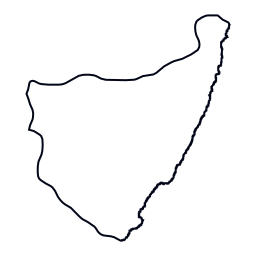 La Cienaga, Barahona, Dominican Republic (Natural Earth projection)
{"feature_id": "3306468B5550416760665", "entity_name": "La Cienaga", "entity_type": "district", "adm_level": 2, "iso_a3": "DOM", "parent_name": "Dominican Republic", "parent_adm1": "Barahona", "projection": "natural_earth1", "projection_center": [-71.101, 18.096], "detail": "fine", "context": "isolated", "style": "outline", "palette": "ink", "viewbox_px": 256, "rotation_deg": 0, "n_neighbors": 0, "source": "geoboundaries", "source_scale": "gbopen_adm2", "svg_char_len": 5808}
<svg xmlns="http://www.w3.org/2000/svg" viewBox="0 0 256 256"><path d="M26.5,93.8L28.3,98.5L30.0,104.1L32.6,110.0L33.2,113.5L33.0,117.0L32.6,119.3L30.1,125.2L29.0,129.7L34.0,131.1L39.7,134.7L41.2,136.1L42.4,139.1L42.7,144.9L42.3,151.0L41.5,154.5L38.5,161.6L37.8,166.3L37.7,171.2L37.9,174.7L38.3,176.9L39.3,178.8L40.7,180.1L45.5,183.3L50.9,186.2L52.5,187.5L55.0,190.8L58.0,196.9L60.1,199.8L62.5,202.4L65.2,204.5L70.8,207.8L79.8,216.9L82.4,219.1L87.9,222.1L94.4,226.6L95.6,228.0L98.3,232.1L100.5,234.1L103.4,235.4L110.8,236.3L113.9,237.1L120.5,240.6L122.0,240.6L122.0,240.1L123.7,240.1L123.7,239.6L124.9,239.6L125.8,237.7L126.6,237.7L126.6,237.2L127.0,237.2L127.0,236.7L127.9,236.2L127.9,235.2L128.3,235.2L128.3,234.7L128.7,234.7L128.7,233.7L129.1,233.7L129.1,233.2L129.5,233.2L129.5,230.7L130.8,230.7L130.8,230.2L131.2,230.2L131.2,229.7L131.6,229.7L131.6,229.2L132.9,229.2L132.9,228.7L135.8,228.7L135.8,228.3L136.7,228.3L136.7,227.8L137.5,227.8L137.9,226.8L138.8,226.8L138.8,226.3L139.2,226.3L139.2,225.8L139.6,225.8L139.6,225.3L140.5,225.3L140.5,224.8L141.3,224.8L141.3,223.8L142.1,223.3L142.1,221.3L142.6,221.3L143.0,220.3L142.6,220.3L142.6,219.8L141.7,219.3L141.7,218.3L141.3,218.3L140.9,217.4L139.6,217.4L139.6,216.9L138.8,216.9L138.8,215.9L139.2,215.9L139.2,214.9L138.8,214.9L138.8,213.4L139.2,213.4L139.2,211.9L140.0,211.9L140.0,211.4L140.5,211.4L140.5,209.4L141.7,209.4L141.7,208.9L142.6,208.9L142.6,208.4L143.0,208.4L143.0,207.4L143.4,207.4L143.8,206.5L144.7,206.5L144.7,205.5L145.1,205.5L145.1,204.5L144.7,204.5L144.7,203.5L145.1,203.5L145.1,202.5L145.9,202.0L145.9,201.0L146.3,201.0L146.3,200.5L146.8,200.5L146.8,199.5L147.2,199.5L147.2,198.5L148.0,198.5L148.0,197.5L148.9,197.5L149.3,196.5L149.7,196.5L149.7,196.1L150.1,196.1L150.1,194.6L151.0,194.1L151.0,193.6L151.8,193.1L151.8,192.6L152.2,192.6L152.2,192.1L152.7,192.1L152.7,191.6L153.5,191.6L153.5,190.6L153.9,190.6L153.9,189.6L154.3,189.6L154.3,189.1L155.2,189.1L155.2,188.1L155.6,188.1L155.6,187.6L156.4,187.6L156.4,187.1L156.9,187.1L156.9,186.1L157.3,186.1L157.3,185.2L157.7,185.2L157.7,184.7L158.5,184.7L158.5,184.2L159.8,184.2L159.8,183.7L160.2,183.7L160.2,183.2L161.1,183.2L161.1,182.7L161.9,182.7L161.9,183.2L162.7,183.2L162.7,183.7L163.6,183.7L163.6,184.2L164.0,184.2L164.4,183.2L166.9,183.2L166.9,183.7L167.8,183.7L167.8,183.2L168.6,183.2L168.6,182.7L169.4,182.2L169.4,181.7L170.3,181.7L170.7,180.7L171.5,180.7L171.5,179.7L172.0,179.7L172.0,179.2L172.4,179.2L172.4,178.7L172.8,178.7L172.8,178.2L173.6,177.7L173.6,175.3L174.1,175.3L174.1,174.3L174.5,174.3L174.5,173.3L174.9,173.3L174.9,172.3L175.7,172.3L175.7,168.3L176.2,168.3L176.2,167.3L176.6,167.3L176.6,166.3L177.0,166.3L177.0,165.3L177.8,165.3L177.8,164.8L179.5,164.8L179.5,164.4L179.9,164.4L179.9,163.4L180.4,163.4L180.4,162.4L180.8,162.4L180.8,161.9L181.2,161.9L181.2,160.9L181.6,160.9L182.0,159.9L182.5,159.9L182.5,159.4L182.9,159.4L182.9,158.4L183.3,158.4L183.3,155.9L183.7,155.9L183.7,154.4L184.6,153.9L185.0,153.0L185.8,153.0L185.8,151.5L186.2,151.5L186.2,150.5L186.7,150.5L187.1,149.5L187.5,149.5L187.5,149.0L187.9,149.0L187.9,148.5L188.3,148.5L188.3,147.5L188.8,147.5L188.8,146.5L189.6,146.0L189.6,145.5L190.0,145.5L190.0,145.0L190.4,145.0L190.4,144.0L190.9,144.0L190.9,143.0L191.3,143.0L191.3,142.1L191.7,142.1L191.7,141.1L192.1,141.1L192.1,139.6L192.5,139.6L192.5,136.6L193.0,136.6L193.0,135.6L193.8,135.6L193.8,135.1L194.6,134.6L194.6,132.6L194.2,132.6L194.2,132.2L194.6,132.2L194.6,131.2L195.1,131.2L195.1,130.2L195.5,130.2L195.5,129.2L195.9,129.2L195.9,128.7L196.3,128.7L196.7,127.7L197.2,127.7L197.6,126.7L198.0,126.7L198.0,125.7L198.4,125.7L198.8,124.7L199.3,124.7L199.3,124.2L199.7,124.2L199.7,122.7L200.1,122.7L200.1,121.7L200.5,121.7L200.5,119.8L200.9,119.8L200.9,118.8L201.4,118.8L201.4,117.8L201.8,117.8L201.8,117.3L202.2,117.3L202.2,116.8L202.6,116.8L202.6,116.3L203.0,116.3L203.0,115.8L203.9,115.8L203.9,115.3L204.3,115.3L204.3,112.3L205.1,111.8L205.1,111.3L206.0,110.8L206.0,110.4L206.4,110.4L206.4,107.4L206.8,107.4L206.8,106.9L207.2,106.9L207.2,106.4L207.7,106.4L207.7,105.4L208.5,105.4L208.5,102.9L208.9,102.9L208.9,100.9L209.8,100.4L209.8,98.5L210.2,98.5L210.2,96.5L209.8,96.5L209.3,95.5L209.8,95.5L209.8,95.0L210.2,95.0L210.2,93.0L210.6,93.0L210.6,92.0L211.4,91.5L211.4,91.0L212.3,91.0L212.3,89.5L211.9,89.5L211.9,88.6L211.4,88.6L211.4,87.1L211.9,87.1L211.9,86.1L212.7,85.6L213.1,84.6L213.5,84.6L213.5,83.6L214.0,83.6L214.0,82.6L214.4,82.6L214.4,82.1L215.2,82.1L215.2,81.6L215.6,81.6L215.6,80.6L216.1,80.6L216.1,77.7L215.6,77.7L215.6,75.2L216.5,74.7L216.5,74.2L218.2,74.2L218.2,73.7L219.0,73.7L219.0,73.2L219.4,73.2L219.4,72.2L219.0,72.2L219.0,71.2L218.2,70.7L218.2,67.3L218.6,67.3L218.6,66.3L219.0,66.3L219.0,65.8L220.7,65.8L220.7,64.8L221.1,64.8L221.1,62.3L221.5,62.3L221.5,58.3L222.4,57.8L222.3,56.3L221.9,56.3L221.9,54.9L221.5,54.9L221.5,53.9L221.9,53.9L221.9,49.4L222.3,49.4L222.3,48.9L221.9,48.8L221.9,47.9L221.5,47.9L221.5,46.9L221.1,46.9L221.1,42.5L221.5,42.5L221.5,42.0L221.9,42.0L222.3,41.0L222.8,41.0L222.8,40.5L223.6,40.5L223.6,39.5L224.0,39.5L224.4,38.5L225.3,38.5L225.3,38.0L226.1,38.0L226.5,37.0L227.4,37.0L227.0,36.0L226.5,36.0L226.5,35.5L225.7,35.5L225.7,33.6L226.5,33.1L226.5,31.1L227.4,31.1L227.4,29.6L227.8,29.6L228.2,28.6L228.7,28.6L228.7,27.6L229.1,27.6L229.1,24.6L229.5,24.5L228.4,22.5L222.6,19.6L217.7,15.4L208.0,15.4L205.6,15.8L201.8,17.5L197.9,20.1L196.5,21.5L195.3,24.8L195.1,27.3L195.4,31.2L196.2,34.9L198.8,40.6L199.5,44.0L199.2,47.2L197.7,50.0L191.4,54.3L182.3,58.8L174.2,61.1L171.4,62.3L164.2,66.3L156.3,72.9L153.2,74.5L142.9,76.1L136.4,79.1L134.2,79.7L125.7,80.2L105.9,79.8L101.3,78.7L96.0,76.0L93.8,75.3L89.2,74.7L83.3,74.8L78.8,75.8L65.5,83.2L62.3,84.3L58.7,84.7L48.9,84.7L41.7,84.1L39.4,83.6L34.3,81.1L32.6,80.8L31.0,81.2L30.3,81.6L29.4,83.0L28.2,89.1L26.5,93.8Z" fill="none" stroke="#020617" stroke-width="2"/></svg>